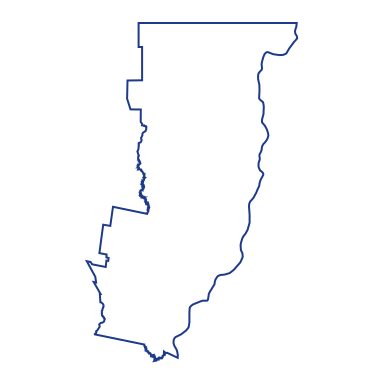 the district of General Obligado, Santa Fe, Argentina
{"feature_id": "61730980B672443386534", "entity_name": "General Obligado", "entity_type": "district", "adm_level": 2, "iso_a3": "ARG", "parent_name": "Argentina", "parent_adm1": "Santa Fe", "projection": "equal_earth", "projection_center": [-59.736, -28.744], "detail": "fine", "context": "isolated", "style": "outline", "palette": "blue", "viewbox_px": 384, "rotation_deg": 0, "n_neighbors": 0, "source": "geoboundaries", "source_scale": "gbopen_adm2", "svg_char_len": 6050}
<svg xmlns="http://www.w3.org/2000/svg" viewBox="0 0 384 384"><path d="M138.6,23.0L138.6,47.0L142.1,47.0L142.1,80.3L127.5,80.5L127.1,98.7L130.5,109.4L140.8,109.5L140.7,121.9L142.3,124.1L142.0,125.3L143.6,125.6L143.8,125.9L144.2,126.0L144.6,125.6L145.5,126.5L146.1,126.3L146.4,126.9L146.2,128.2L146.3,129.3L145.6,130.6L145.6,131.0L142.9,132.8L142.4,133.9L142.4,135.3L141.0,138.2L141.6,139.9L141.4,141.1L140.6,142.4L138.9,142.9L138.6,143.3L138.7,144.5L138.9,144.8L138.6,145.5L138.8,146.6L138.5,147.3L138.5,148.8L137.8,150.8L137.4,151.3L138.1,153.9L138.8,155.3L138.6,155.5L138.6,155.9L138.4,155.9L138.2,156.3L138.5,156.7L138.1,158.0L138.1,158.8L138.7,159.4L138.3,159.9L138.8,160.1L138.8,160.7L139.1,160.8L138.9,161.4L139.6,161.4L139.6,161.9L140.1,162.2L139.8,163.0L140.3,163.5L139.2,164.7L138.3,164.5L138.1,165.0L137.8,164.9L137.6,165.3L138.0,165.6L137.7,166.3L137.9,166.5L138.2,165.9L138.4,166.0L138.2,166.6L138.5,167.0L138.1,167.3L138.4,167.3L138.4,167.8L138.7,167.5L138.8,167.7L138.3,168.9L139.3,168.8L139.4,169.0L139.0,169.4L140.0,169.3L141.2,169.6L141.0,170.6L141.4,170.8L141.8,171.4L142.3,171.3L142.5,171.6L143.0,172.9L143.4,173.3L143.3,173.9L143.8,174.1L144.5,173.9L144.5,174.4L144.1,174.6L144.1,175.4L143.4,175.2L144.5,176.1L144.3,176.7L143.7,177.2L145.1,177.7L144.6,178.2L144.3,177.9L143.6,178.8L144.0,179.7L143.7,179.9L143.7,180.3L142.8,180.4L142.6,180.7L142.3,180.6L142.4,181.2L143.0,181.3L143.0,181.7L142.4,181.3L141.7,181.9L142.1,182.6L142.9,182.5L143.0,182.7L142.6,183.0L141.8,182.7L141.7,183.3L142.2,183.9L141.4,184.3L141.7,184.6L142.4,184.2L142.4,184.9L142.9,184.4L143.0,184.7L142.6,185.4L142.9,185.9L143.2,185.4L143.2,184.8L143.5,184.9L143.7,185.1L143.6,185.5L143.1,186.3L143.7,186.5L144.0,186.1L144.1,186.3L143.8,186.9L143.0,187.1L143.0,187.9L142.6,187.8L142.9,188.5L143.6,188.3L143.3,189.1L142.4,189.5L142.4,189.9L141.6,189.8L141.5,190.1L141.8,190.4L140.5,190.4L140.3,190.8L140.5,191.4L140.1,191.8L140.5,191.9L140.8,192.5L140.3,193.3L140.0,193.2L139.9,193.6L140.8,193.9L140.3,194.6L140.9,194.8L140.5,195.2L139.9,195.0L139.7,195.5L140.0,195.9L141.1,195.5L141.2,195.9L141.8,195.9L141.8,196.4L141.3,197.1L141.3,197.5L142.1,197.6L142.0,196.9L142.8,197.6L142.9,197.2L142.5,196.8L142.8,196.6L142.9,196.9L143.9,196.9L143.7,197.3L143.9,197.5L144.6,197.5L144.1,197.8L144.1,198.2L145.0,198.0L144.9,198.6L145.5,198.8L145.3,199.5L145.9,199.7L145.6,200.5L146.0,200.6L146.0,200.9L145.7,201.3L145.3,201.4L145.6,201.8L145.4,202.2L145.7,202.6L146.4,202.5L146.3,202.9L146.6,202.8L146.5,203.4L147.1,203.0L147.0,203.6L147.4,203.4L147.8,203.7L147.8,203.2L148.0,202.9L148.3,203.5L147.9,204.8L148.4,205.1L148.0,205.5L148.6,206.0L148.4,206.8L148.7,206.8L148.5,207.3L147.9,207.5L147.9,208.2L149.0,208.0L148.5,209.4L147.6,209.6L147.5,210.1L147.9,210.5L147.7,211.3L148.0,210.8L148.4,211.0L147.4,213.1L146.9,213.1L146.9,213.8L113.0,206.8L110.3,225.9L103.2,224.7L99.4,253.1L106.6,254.5L106.4,257.4L108.6,257.9L108.2,260.9L106.4,260.6L105.7,267.0L92.1,264.3L90.6,262.0L86.8,261.2L95.3,276.8L96.1,282.5L93.7,282.0L100.5,293.9L99.8,293.8L100.4,302.3L101.3,302.4L103.1,304.1L103.6,305.5L103.3,307.4L103.0,307.5L103.0,308.0L102.5,308.9L102.4,310.3L101.9,310.8L101.8,312.2L102.0,313.3L101.8,313.7L102.1,315.7L102.8,315.9L103.0,316.7L103.6,317.5L104.0,317.5L104.0,318.2L104.8,319.0L104.5,319.4L104.1,321.4L102.6,322.6L100.9,322.8L99.2,324.4L99.7,326.7L97.3,330.3L96.1,331.3L96.3,332.7L95.6,333.8L94.9,333.9L94.9,334.4L144.1,344.5L144.0,344.8L144.5,345.4L144.4,346.2L144.6,346.4L144.9,346.1L145.1,346.4L144.9,347.3L145.3,348.4L145.6,348.6L145.9,348.3L145.8,349.1L146.3,349.1L146.1,349.6L145.6,349.4L145.5,349.9L146.1,350.4L145.9,350.7L146.3,350.8L146.7,350.4L147.0,351.1L147.3,350.9L148.3,351.4L148.1,352.3L148.8,352.8L148.7,353.2L148.9,353.5L149.9,353.0L150.6,353.6L150.6,353.9L150.1,353.8L151.1,354.8L151.0,355.6L151.5,355.5L151.4,355.9L152.3,355.5L152.4,356.1L152.7,355.7L152.9,356.0L153.1,355.5L153.1,355.9L153.3,355.9L153.1,355.0L153.9,354.8L154.2,355.8L154.5,356.1L154.1,356.4L154.3,357.0L154.5,357.3L154.8,356.8L154.9,357.1L154.3,358.0L154.7,359.4L154.4,359.6L154.4,360.5L154.1,361.0L154.7,360.9L154.9,360.4L155.4,360.2L155.8,360.6L156.4,360.6L156.5,360.1L156.1,359.6L156.3,359.5L156.3,358.7L156.7,358.8L156.6,359.5L157.3,359.6L157.3,359.2L157.8,359.0L157.7,358.8L158.2,358.3L158.6,358.8L158.7,358.0L159.2,358.0L159.4,357.5L160.0,357.7L160.2,358.2L160.7,357.9L161.2,358.4L161.9,358.0L162.2,357.2L162.4,357.6L162.8,357.0L162.9,356.1L162.8,355.7L163.2,355.3L164.3,355.2L164.2,354.7L164.6,354.8L164.9,354.6L164.5,353.7L164.6,353.0L164.1,353.2L163.9,353.0L164.0,351.6L165.2,352.7L166.4,353.0L167.1,352.8L177.7,357.8L177.8,354.6L177.5,353.7L177.4,352.4L176.6,349.7L174.4,345.9L173.5,343.1L173.7,339.9L174.5,338.2L175.5,337.1L181.0,334.4L185.9,330.7L188.0,328.2L188.7,327.0L189.4,322.3L189.4,313.4L189.6,308.8L189.9,307.3L191.3,305.7L193.1,304.4L201.2,301.1L202.7,300.7L207.1,300.7L208.0,299.6L208.9,293.7L210.0,291.6L214.5,284.2L214.8,281.8L215.5,279.5L217.5,276.4L219.9,275.1L225.0,274.5L229.6,273.1L232.6,270.8L234.1,269.5L240.3,262.4L242.5,257.6L242.7,256.2L242.4,253.3L240.9,250.1L240.6,245.4L240.8,243.5L242.1,238.9L243.3,236.4L245.3,234.0L247.6,229.8L249.6,222.7L249.6,214.8L249.0,206.7L249.2,203.9L250.1,201.7L253.5,197.8L256.5,192.2L256.9,190.9L259.2,186.0L259.7,182.6L260.6,179.9L263.2,175.0L263.3,174.0L262.7,172.6L261.1,171.1L260.2,170.6L258.7,167.4L258.5,165.8L258.6,163.0L259.6,160.0L259.8,158.8L259.4,155.9L259.6,154.3L260.6,152.5L261.6,150.1L261.8,147.9L262.3,145.9L263.4,144.0L265.0,142.4L266.8,139.9L267.4,138.8L268.4,135.5L268.1,133.5L267.2,130.4L266.4,128.5L264.9,125.8L262.1,122.4L261.9,120.8L262.2,118.8L263.5,114.0L263.8,106.4L263.3,103.3L263.0,102.2L259.7,99.4L259.1,98.0L259.5,90.5L259.4,86.4L259.3,84.6L258.1,79.0L258.1,75.5L258.4,73.9L258.9,72.8L261.5,69.9L262.1,68.6L261.6,64.5L261.9,62.3L263.2,57.4L264.5,54.2L266.2,52.4L267.8,52.1L273.2,54.2L279.5,55.1L283.1,54.9L286.2,53.6L289.4,48.2L294.0,42.0L297.2,38.4L296.8,36.0L295.3,33.6L295.0,31.2L295.5,29.0L296.3,26.8L296.7,23.0L138.6,23.0Z" fill="none" stroke="#1e3a8a" stroke-width="2"/></svg>